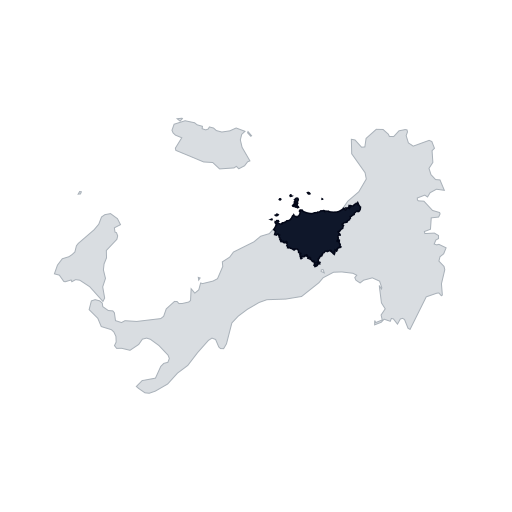 Toscana, Siena, Italy (highlighted), rotated 105°
{"feature_id": "23120603B95153686365028", "entity_name": "Toscana", "entity_type": "district", "adm_level": 2, "iso_a3": "ITA", "parent_name": "Italy", "parent_adm1": "Siena", "projection": "mercator", "projection_center": [10.807, 43.355], "detail": "fine", "context": "in_parent", "style": "filled", "palette": "ink", "viewbox_px": 512, "rotation_deg": 105, "n_neighbors": 0, "source": "geoboundaries", "source_scale": "gbopen_adm2", "svg_char_len": 9737}
<svg xmlns="http://www.w3.org/2000/svg" viewBox="0 0 512 512"><g transform="rotate(105 256 256)"><path d="M105.8,111.5L108.7,113.2L119.8,109.4L126.6,111.6L132.2,108.0L135.7,102.3L134.9,98.0L143.8,91.1L144.8,99.0L149.8,104.2L154.6,105.6L153.5,108.7L158.2,115.2L160.1,114.6L160.7,113.4L159.6,108.0L166.3,97.3L166.5,89.9L167.7,89.1L171.1,89.7L173.8,96.6L185.0,94.4L188.8,99.7L190.6,98.7L187.7,89.6L189.0,85.0L191.9,84.2L194.0,86.4L198.3,87.0L198.5,84.3L197.4,82.4L198.9,74.5L205.3,75.3L209.1,78.1L213.6,78.0L217.4,71.7L220.4,70.1L234.8,69.7L245.5,65.9L246.4,66.7L244.4,69.8L245.1,71.7L251.4,81.0L287.0,88.2L286.5,90.4L278.9,96.1L278.3,98.3L279.5,100.3L285.2,101.7L281.2,107.0L281.3,109.1L284.3,109.4L283.9,115.9L287.6,117.9L291.8,123.6L287.6,124.6L289.3,123.1L285.1,117.5L280.6,119.9L273.6,117.5L268.8,122.7L252.6,129.3L255.4,126.3L254.2,126.2L248.3,130.1L247.0,138.0L251.5,145.8L255.1,148.5L253.5,153.2L251.3,155.0L248.5,153.7L247.6,157.9L249.2,169.1L251.6,176.9L259.6,185.5L265.5,188.3L283.3,201.5L289.9,216.1L295.4,234.2L300.1,241.0L309.8,250.6L318.7,257.6L326.9,262.0L348.5,261.8L353.9,263.3L354.6,266.3L353.5,268.4L347.1,273.4L346.7,277.3L349.8,280.1L364.4,287.4L379.4,293.6L389.4,301.5L402.5,308.2L412.6,318.3L416.2,323.6L416.9,327.8L414.4,334.9L413.0,337.8L405.8,333.7L400.0,321.5L387.3,319.4L383.6,317.3L381.5,313.6L377.4,313.2L374.6,315.2L367.6,326.6L363.8,336.4L363.6,340.4L365.7,344.2L371.8,346.4L379.7,353.3L379.9,361.9L381.3,366.7L379.2,369.5L375.3,368.8L369.9,370.5L366.2,373.6L364.6,376.6L364.2,387.2L357.1,392.7L351.0,403.3L342.0,403.4L339.8,400.1L339.8,395.3L341.3,392.3L344.6,390.9L346.9,384.6L346.1,380.1L347.5,378.1L354.8,375.0L355.1,368.7L352.4,365.8L350.1,354.3L341.1,331.8L338.2,329.6L330.3,329.0L321.0,323.0L320.4,320.5L321.9,318.1L320.9,314.8L317.9,309.1L315.9,307.7L304.4,310.2L307.7,305.5L303.5,302.5L296.4,302.5L296.5,300.5L291.4,291.1L287.9,287.3L274.7,285.4L270.4,287.0L263.9,281.1L258.0,278.8L242.9,261.7L235.7,256.6L231.0,249.0L221.8,244.1L217.6,245.3L216.6,244.3L218.8,242.8L218.3,239.9L212.1,232.4L208.4,230.0L205.8,225.1L200.6,224.0L200.8,215.2L198.8,208.9L195.3,203.6L193.3,190.9L191.7,187.3L187.9,184.6L179.3,181.5L167.3,173.3L153.1,169.4L147.3,172.2L132.5,190.0L118.6,194.1L118.3,190.4L123.6,182.2L122.5,179.1L113.9,180.1L102.5,172.6L100.9,166.0L104.1,159.7L106.0,158.1L105.0,153.9L98.1,150.3L95.3,144.7L95.1,142.8L96.9,141.8L100.9,142.1L107.3,138.1L109.2,132.6L99.5,118.7L99.9,115.8L105.8,111.5ZM254.1,189.1L254.6,185.7L251.7,187.8L252.5,189.3L254.1,189.1ZM339.5,392.1L328.7,408.7L325.0,419.9L325.5,424.1L328.5,427.2L327.0,428.4L330.3,433.7L330.3,435.1L325.4,441.0L325.4,446.1L316.2,445.4L308.8,442.4L305.1,436.5L302.2,434.0L299.0,432.0L292.6,432.1L289.8,430.9L272.6,419.2L266.0,416.1L258.3,415.3L255.2,412.7L252.7,407.5L255.8,399.5L260.8,395.0L265.4,400.1L269.4,398.4L269.6,396.8L272.4,394.8L275.9,394.7L289.4,402.0L296.5,399.9L303.0,400.7L308.9,399.8L316.6,395.6L325.5,396.1L335.8,391.3L339.5,392.1ZM176.6,300.0L181.3,313.7L176.9,322.0L178.7,330.9L174.7,360.8L172.7,361.8L161.0,358.3L160.1,365.1L158.6,367.9L156.3,369.7L149.9,369.2L143.7,359.5L143.2,349.8L144.5,346.9L144.6,341.3L147.0,341.0L147.2,337.2L145.8,335.1L143.4,334.4L143.4,330.1L145.1,326.8L145.1,321.1L141.9,313.7L137.5,308.3L138.4,298.9L142.2,301.3L147.9,301.2L154.6,297.6L165.7,286.5L167.2,288.5L171.8,290.4L176.2,295.2L174.5,298.2L176.6,300.0ZM197.3,228.0L198.3,230.3L198.0,233.4L195.7,231.6L190.2,232.3L189.6,230.7L196.4,229.3L197.3,228.0ZM145.3,364.3L143.8,367.7L142.1,363.2L142.3,362.6L145.3,364.3ZM141.7,292.1L139.2,296.0L137.9,295.9L141.0,291.4L141.7,292.1ZM242.3,443.8L239.3,443.0L239.2,441.3L241.5,441.6L242.3,443.8ZM294.1,305.1L291.6,306.2L291.7,304.3L294.1,305.1Z" fill="#d9dde1" stroke="#a8b0b8" stroke-width="1"/><path d="M187.1,183.7L187.7,184.3L187.6,184.1L187.9,184.1L188.4,184.3L190.3,186.1L191.7,187.7L193.0,190.0L193.2,190.8L192.9,190.5L193.7,192.3L194.2,195.2L194.3,197.1L193.9,197.5L194.2,198.3L194.8,201.3L194.5,202.0L194.9,201.6L194.9,201.0L195.0,201.5L195.3,201.0L195.2,201.4L194.6,202.0L194.8,201.9L194.6,202.2L194.9,202.0L194.7,202.2L194.9,202.4L194.6,202.3L194.6,202.6L195.2,203.4L195.6,205.1L197.0,206.0L197.5,206.9L197.6,207.8L198.2,207.9L198.7,209.6L198.1,209.5L198.7,209.6L198.8,209.6L199.1,210.8L200.2,211.9L200.8,213.4L201.2,216.5L201.2,219.2L200.8,222.0L200.5,222.3L200.6,222.8L200.4,223.1L200.0,222.9L199.7,223.2L200.1,225.3L201.4,225.7L201.7,225.3L201.4,225.4L201.3,225.1L201.5,225.2L201.8,224.7L201.5,224.7L201.8,224.6L204.1,224.5L205.9,224.9L207.6,226.1L208.0,226.9L207.5,227.6L207.6,229.0L207.2,229.8L206.5,230.0L206.6,229.8L206.4,230.1L207.9,231.1L209.9,231.4L212.4,232.5L213.4,233.6L214.0,235.4L216.1,236.6L216.0,237.1L216.5,237.5L217.1,239.1L217.4,239.3L217.5,239.0L218.0,238.9L218.6,239.8L219.0,241.2L218.4,243.3L218.1,243.6L217.1,243.6L216.6,243.1L216.3,243.8L216.1,243.8L216.4,245.2L217.2,245.4L217.9,246.0L217.9,246.3L218.3,246.1L218.9,246.2L219.0,245.6L219.5,245.3L219.3,245.2L219.5,245.0L219.5,244.8L219.4,244.9L219.4,244.6L220.3,244.2L221.2,244.2L221.6,244.7L223.3,244.9L226.0,245.7L226.1,245.3L226.0,245.1L226.7,244.4L227.0,243.5L230.5,243.6L230.5,241.6L229.7,241.4L229.6,241.0L229.0,240.6L229.2,240.0L229.7,239.7L229.7,239.4L229.5,238.7L230.0,238.6L230.4,239.1L230.7,238.7L231.2,238.8L232.2,238.2L232.2,237.7L233.1,237.1L233.7,237.3L234.2,236.6L234.1,236.1L234.9,236.3L235.7,235.6L235.5,235.0L235.0,234.9L235.1,234.3L234.8,233.5L235.5,233.6L236.0,232.2L234.9,231.7L235.0,231.4L234.0,230.7L234.2,230.1L234.8,229.4L235.6,230.4L235.9,229.3L236.8,228.7L238.0,228.9L238.0,228.6L238.5,228.3L239.0,227.6L239.8,227.6L239.7,226.4L239.1,226.3L239.1,225.5L239.6,224.7L239.5,223.6L240.4,220.9L240.2,220.4L239.7,220.2L239.3,220.8L238.8,220.0L239.0,219.3L238.5,218.0L238.7,217.9L238.9,217.2L240.6,216.0L241.5,215.8L242.1,214.2L241.8,213.6L242.2,213.3L243.4,214.0L244.2,213.3L244.9,213.3L245.6,212.6L246.6,212.3L247.0,211.8L246.2,211.1L245.7,212.3L244.5,211.9L244.3,211.3L244.6,210.6L244.3,209.4L243.7,208.9L243.0,209.1L243.0,207.8L241.8,207.9L241.6,207.3L242.4,206.4L243.1,206.6L243.7,205.6L244.4,205.1L244.8,205.2L244.8,204.9L243.5,204.2L243.4,203.7L243.8,202.9L244.0,203.1L244.7,202.8L245.0,203.1L245.3,201.8L246.7,200.0L245.9,198.8L247.2,198.3L247.7,197.7L247.5,197.3L248.3,197.5L249.0,197.2L249.2,196.7L249.1,195.9L249.3,195.5L249.6,196.9L249.5,197.5L250.0,197.5L249.9,196.3L250.6,196.6L251.0,196.3L249.8,194.7L248.6,194.2L247.8,194.4L247.6,194.7L247.1,194.4L246.6,194.5L246.2,195.4L245.3,194.3L242.8,195.1L242.3,194.5L242.0,194.6L241.1,194.1L240.5,194.3L239.6,193.8L239.5,193.2L238.7,193.1L238.5,192.4L237.8,192.6L237.3,192.2L236.6,192.6L236.0,192.2L235.1,191.1L233.6,190.5L233.0,189.6L233.3,188.3L232.3,187.8L232.5,187.0L231.5,186.3L231.3,185.7L231.5,185.4L231.4,185.2L231.8,185.1L231.6,184.7L232.3,184.5L232.6,184.0L232.7,183.4L233.7,182.0L234.2,180.8L232.2,180.7L232.1,181.0L231.4,181.6L231.1,181.1L230.4,180.8L229.6,181.1L229.7,180.7L230.1,180.6L230.1,180.1L230.5,179.9L230.5,179.4L229.3,179.3L229.0,179.0L228.5,179.6L227.4,179.2L226.9,178.7L227.0,178.5L226.9,178.4L226.5,178.4L226.4,178.0L226.2,178.2L225.9,177.7L226.1,177.3L226.0,177.0L225.2,176.3L224.1,177.8L223.1,177.6L222.7,177.8L222.5,178.5L221.8,178.8L221.4,179.5L220.2,179.3L219.1,179.6L219.1,180.0L219.7,180.5L220.8,181.0L220.9,181.4L220.5,181.7L218.1,181.1L217.2,181.2L216.2,181.9L215.1,181.9L213.8,181.2L214.2,180.6L214.1,180.1L213.9,180.1L213.1,180.7L212.5,182.0L211.5,183.0L211.2,183.0L211.0,182.8L211.2,182.2L210.8,181.8L210.4,181.6L209.6,181.6L209.5,181.2L208.4,180.9L206.8,179.4L204.7,179.6L204.0,179.3L203.5,180.0L203.6,180.8L202.7,181.0L202.3,180.4L200.9,179.4L200.6,178.4L199.8,177.6L200.0,177.2L199.8,176.9L199.2,176.6L198.3,176.8L196.8,175.1L195.9,175.1L195.0,174.6L193.5,175.2L192.8,174.0L191.8,173.5L190.5,171.9L189.3,172.2L186.9,170.6L186.3,170.0L186.8,169.1L186.7,168.8L186.5,168.4L186.0,168.4L185.8,167.8L183.9,167.4L181.7,167.7L181.6,168.2L180.0,170.0L180.1,170.6L179.7,170.6L179.6,170.9L178.9,170.8L178.1,171.5L178.8,171.6L179.2,172.9L179.9,173.1L180.3,173.8L181.3,174.6L181.6,174.5L182.6,175.1L182.8,175.8L182.7,176.5L183.2,176.9L182.8,178.0L183.0,178.5L183.7,177.5L184.1,177.4L184.3,177.8L184.8,177.9L184.5,178.0L183.7,179.1L185.9,179.0L186.1,179.9L185.9,180.1L186.5,180.9L186.5,181.3L186.2,181.6L186.4,181.8L187.2,180.8L187.9,181.0L188.5,181.6L188.3,182.3L187.5,182.9L187.1,183.7ZM197.9,227.5L197.2,228.3L196.9,229.2L196.4,229.5L196.3,230.2L195.9,230.3L195.1,229.9L195.6,229.5L194.6,229.5L193.8,229.0L194.1,229.5L193.7,229.7L193.9,230.0L193.3,230.2L193.3,230.6L191.7,229.7L191.4,229.9L190.4,229.8L189.5,230.5L189.4,231.4L189.9,232.3L190.9,232.9L190.8,232.6L191.6,232.5L193.1,232.9L193.0,232.2L194.4,232.5L194.5,231.9L194.8,231.7L195.1,231.7L195.3,232.5L195.5,232.2L195.3,231.6L196.0,231.5L196.3,231.7L196.8,233.2L197.4,233.5L197.8,233.3L198.1,233.6L198.4,233.2L198.4,232.6L197.7,232.2L197.7,231.8L197.1,231.7L198.4,231.0L198.3,230.4L198.5,230.2L198.2,229.6L198.7,228.4L197.9,227.5ZM211.2,245.6L210.5,245.3L210.5,246.1L210.2,246.0L210.1,246.6L210.6,246.6L211.6,248.0L211.9,247.4L211.6,246.7L211.8,246.5L211.2,245.6ZM181.9,220.0L181.2,220.8L181.2,221.4L181.0,221.9L181.5,222.7L182.3,221.8L182.5,221.1L182.4,220.8L182.2,220.9L182.2,220.4L181.9,220.0ZM245.6,192.5L245.5,193.1L245.9,193.8L246.3,194.0L246.7,193.5L247.5,193.4L247.1,192.5L246.8,192.8L245.6,192.5ZM188.8,236.8L188.8,237.7L188.4,238.0L187.9,238.1L188.0,238.5L189.0,238.8L189.4,238.4L189.2,238.2L189.4,238.0L189.0,237.5L189.0,237.0L188.8,236.8ZM195.5,247.0L194.7,246.7L194.6,246.9L194.4,247.4L194.6,247.9L195.2,248.1L195.2,247.8L195.6,247.7L195.5,247.0ZM216.7,249.9L216.2,250.3L216.7,250.9L216.6,250.3L216.9,250.3L216.7,249.9ZM183.9,206.4L183.7,206.5L183.6,207.0L184.1,206.9L183.9,206.4Z" fill="#0f172a" stroke="#020617" stroke-width="1.5"/></g></svg>